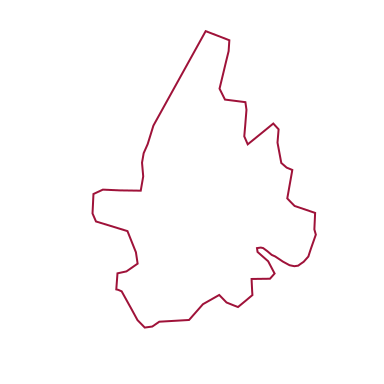 Qurin, Ash Sharqiyah, Egypt (Mercator projection), rotated 144°
{"feature_id": "37247803B18399614023642", "entity_name": "Qurin", "entity_type": "district", "adm_level": 2, "iso_a3": "EGY", "parent_name": "Egypt", "parent_adm1": "Ash Sharqiyah", "projection": "mercator", "projection_center": [31.743, 30.611], "detail": "fine", "context": "isolated", "style": "outline", "palette": "rose", "viewbox_px": 384, "rotation_deg": 144, "n_neighbors": 0, "source": "geoboundaries", "source_scale": "gbopen_adm2", "svg_char_len": 1199}
<svg xmlns="http://www.w3.org/2000/svg" viewBox="0 0 384 384"><g transform="rotate(144 192 192)"><path d="M86.4,314.1L184.2,268.4L199.7,256.8L208.3,251.8L215.2,245.1L222.3,233.3L232.7,223.2L249.4,235.7L262.7,246.3L272.9,248.3L285.1,233.1L287.0,224.6L267.2,198.3L272.8,176.2L278.1,166.0L291.7,166.3L300.1,170.0L310.5,157.7L309.2,156.2L307.3,153.0L309.2,137.6L309.6,134.2L311.4,120.4L309.9,110.1L303.2,106.5L294.7,106.3L282.4,98.4L269.6,90.2L249.1,94.8L230.5,92.7L229.0,82.3L225.0,75.9L222.4,71.9L212.3,72.5L206.9,72.9L203.7,73.1L201.7,76.3L196.2,84.7L194.9,86.6L188.8,82.3L179.9,76.0L176.7,76.7L173.1,77.5L171.1,91.2L174.2,105.0L172.4,108.4L169.0,106.6L167.4,104.8L165.8,99.7L164.5,94.3L162.6,91.0L160.7,85.9L159.4,82.3L156.1,75.4L152.8,71.8L149.4,70.0L146.1,70.0L142.7,69.9L135.8,71.4L132.8,73.6L128.9,76.4L116.9,84.7L115.0,89.8L104.7,102.7L117.2,120.4L118.0,125.7L118.7,130.8L104.8,144.2L99.6,149.2L97.9,150.9L101.1,156.1L102.7,163.0L93.8,181.7L85.1,191.8L86.0,199.6L101.8,198.7L118.9,197.8L117.0,206.3L109.8,214.6L99.6,226.5L96.0,233.3L109.2,245.7L111.0,247.4L109.0,259.4L96.2,270.3L87.9,277.4L79.6,284.4L72.6,292.8L79.3,303.2L86.4,314.1Z" fill="none" stroke="#9f1239" stroke-width="2"/></g></svg>